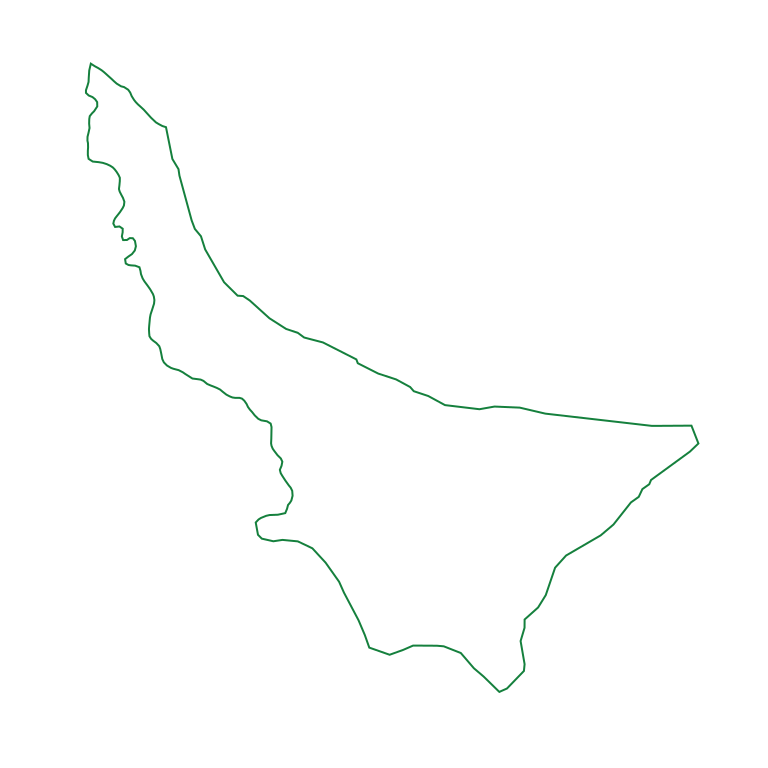 Chimaltenango, Chimaltenango, Guatemala (Mercator projection), rotated 274°
{"feature_id": "79465075B80074787415799", "entity_name": "Chimaltenango", "entity_type": "district", "adm_level": 2, "iso_a3": "GTM", "parent_name": "Guatemala", "parent_adm1": "Chimaltenango", "projection": "mercator", "projection_center": [-90.802, 14.686], "detail": "fine", "context": "isolated", "style": "outline", "palette": "green", "viewbox_px": 768, "rotation_deg": 274, "n_neighbors": 0, "source": "geoboundaries", "source_scale": "gbopen_adm2", "svg_char_len": 3193}
<svg xmlns="http://www.w3.org/2000/svg" viewBox="0 0 768 768"><g transform="rotate(274 384 384)"><path d="M683.1,69.2L676.3,68.1L669.2,68.1L664.7,68.2L660.9,67.4L656.3,66.2L653.6,66.4L651.2,69.3L649.9,73.2L647.9,76.0L645.2,78.2L640.9,78.6L635.9,75.8L633.6,73.8L630.7,71.8L627.8,71.5L623.1,71.7L618.8,72.4L613.9,71.7L609.9,71.0L606.1,71.2L603.6,71.9L599.3,72.3L596.1,72.3L591.7,72.6L588.0,73.6L585.6,77.9L585.4,84.0L585.0,88.0L584.0,92.1L582.6,95.7L581.1,98.4L579.3,100.4L576.9,102.5L574.0,104.6L571.3,106.1L567.9,106.3L563.7,106.2L560.0,106.0L557.5,106.9L554.0,109.0L551.5,110.6L547.7,112.3L543.9,112.1L541.2,111.0L537.0,108.6L532.6,105.6L530.5,104.2L528.0,103.2L525.1,102.8L521.9,104.8L522.7,109.1L520.7,112.5L517.1,112.7L512.9,112.2L509.4,113.7L509.7,117.5L511.8,120.2L511.9,123.3L509.3,125.6L504.1,126.9L499.8,126.1L496.0,123.5L493.3,120.1L490.5,117.0L486.2,118.0L484.9,120.8L484.7,123.3L484.7,127.5L483.4,131.9L479.8,133.2L476.7,133.9L472.4,135.9L469.6,137.9L465.4,141.5L462.2,144.1L457.5,147.3L455.2,148.3L451.7,149.1L448.1,149.0L442.3,147.6L437.2,146.3L433.9,145.9L429.6,145.8L425.5,145.7L422.4,145.7L418.3,146.2L415.3,146.7L412.8,148.5L411.1,150.7L409.0,154.0L406.0,157.2L403.2,158.4L398.3,159.8L393.4,161.1L390.2,162.9L387.3,166.2L385.2,170.4L384.5,172.9L384.0,175.5L383.5,178.2L381.6,182.6L380.1,185.1L376.1,192.5L375.8,197.9L375.6,200.8L374.5,203.7L371.7,207.6L370.4,211.3L369.6,214.0L368.4,217.6L367.0,220.9L365.1,223.5L362.4,227.5L360.9,230.9L360.0,233.7L359.8,236.3L360.1,240.8L359.5,243.4L357.6,245.8L354.5,248.3L351.6,249.9L349.1,252.0L346.8,254.4L343.7,257.2L340.5,261.0L339.2,264.1L338.6,269.9L336.6,273.7L333.2,274.8L325.4,275.2L321.4,275.4L316.9,275.5L314.5,276.1L311.7,277.5L309.7,279.1L305.6,282.7L302.5,286.3L299.4,288.0L295.3,287.5L291.1,286.1L287.8,287.2L284.8,289.3L280.7,292.4L278.4,294.3L276.1,296.2L274.1,298.1L271.0,299.9L266.1,300.6L261.3,299.7L258.9,298.4L256.6,296.7L252.8,296.0L248.3,294.5L246.2,287.3L245.3,279.0L244.3,275.7L241.8,270.6L240.1,268.3L236.9,265.7L224.8,268.8L221.2,272.9L219.4,284.6L221.4,293.6L221.0,309.0L215.1,324.0L201.7,338.2L183.6,353.0L173.1,358.6L146.5,375.1L132.2,382.4L120.0,387.7L114.3,408.5L120.1,421.7L125.1,431.3L126.6,455.0L126.5,461.9L121.0,479.4L106.7,493.5L99.1,503.8L84.9,520.5L88.8,527.9L107.5,543.6L114.3,543.8L137.1,538.2L150.6,541.2L158.9,540.7L171.8,553.3L184.7,560.1L212.7,567.5L225.6,577.6L248.1,610.7L259.8,622.7L283.1,638.6L289.2,646.0L297.2,649.1L302.5,655.6L306.9,657.1L337.9,693.9L346.6,701.8L363.9,693.6L360.9,654.3L365.7,547.0L369.9,521.0L369.2,495.8L365.5,481.0L367.2,446.3L375.1,429.0L378.9,414.2L382.8,410.3L389.4,395.8L394.0,377.5L402.9,356.4L406.6,354.7L421.2,320.2L424.8,301.1L429.0,294.5L432.1,282.5L441.6,265.1L457.9,244.3L461.9,237.4L461.9,231.8L474.3,217.4L505.8,196.2L518.6,191.1L525.5,184.5L533.8,180.7L577.6,165.4L584.0,164.0L593.7,157.2L625.0,148.6L625.9,144.9L627.6,141.1L629.1,138.2L633.4,133.0L637.8,128.4L640.8,125.3L643.3,122.2L645.8,119.0L647.9,116.7L650.0,114.8L653.6,112.2L657.0,110.5L659.7,108.3L662.1,103.9L662.6,101.0L665.0,96.4L667.2,93.5L669.2,91.1L672.0,87.5L674.2,84.7L675.8,82.6L677.3,80.4L679.2,76.9L680.8,73.4L683.1,69.2Z" fill="none" stroke="#15803d" stroke-width="2"/></g></svg>